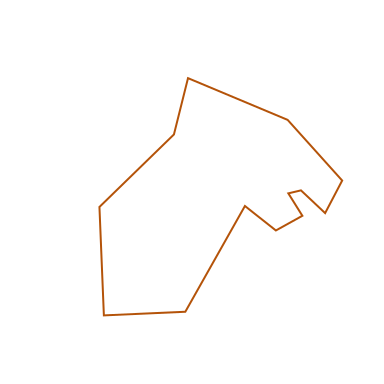 the border of Bel Air, rotated 61°
{"feature_id": "SYC-5206", "entity_name": "Bel Air", "entity_type": "state/province", "adm_level": 1, "iso_a3": "SYC", "parent_name": "Seychelles", "parent_adm1": "", "projection": "mercator", "projection_center": [55.454, -4.638], "detail": "fine", "context": "isolated", "style": "outline", "palette": "amber", "viewbox_px": 384, "rotation_deg": 61, "n_neighbors": 0, "source": "natural_earth", "source_scale": "10m", "svg_char_len": 327}
<svg xmlns="http://www.w3.org/2000/svg" viewBox="0 0 384 384"><g transform="rotate(61 192 192)"><path d="M254.8,55.1L275.0,85.8L243.4,95.9L239.9,108.4L266.3,107.0L266.3,137.3L229.9,152.5L293.5,255.9L257.2,328.9L160.2,280.2L132.9,179.9L90.5,140.3L175.3,73.4L254.8,55.1Z" fill="none" stroke="#b45309" stroke-width="2"/></g></svg>